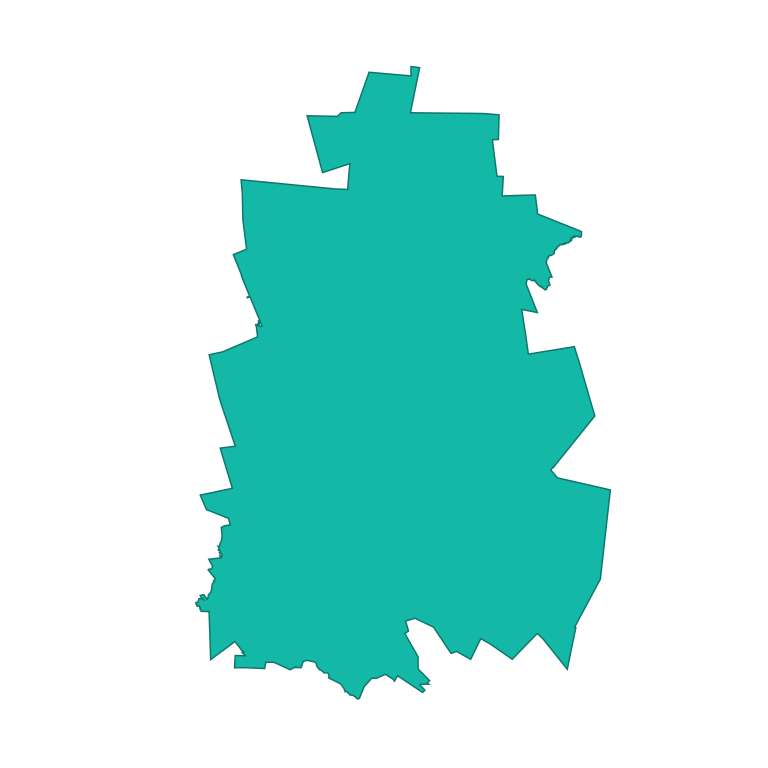 the district of Guadalcázar, San Luis Potosí, Mexico, rotated 352°
{"feature_id": "50627088B22261172610418", "entity_name": "Guadalcázar", "entity_type": "district", "adm_level": 2, "iso_a3": "MEX", "parent_name": "Mexico", "parent_adm1": "San Luis Potosí", "projection": "orthographic", "projection_center": [-100.275, 22.904], "detail": "fine", "context": "isolated", "style": "filled", "palette": "teal", "viewbox_px": 768, "rotation_deg": 352, "n_neighbors": 0, "source": "geoboundaries", "source_scale": "gbopen_adm2", "svg_char_len": 6011}
<svg xmlns="http://www.w3.org/2000/svg" viewBox="0 0 768 768"><g transform="rotate(352 384 384)"><path d="M375.1,112.5L345.2,107.7L352.6,166.1L380.9,161.0L378.9,169.2L375.1,186.3L362.0,183.9L314.1,172.3L270.9,161.9L270.2,175.5L267.1,202.1L266.7,231.4L252.8,234.9L258.3,256.9L257.8,257.1L263.2,278.2L260.6,278.9L260.7,279.6L263.4,278.9L269.9,304.1L268.4,304.1L268.6,305.3L268.7,306.0L268.3,306.0L267.7,306.3L267.5,306.8L268.6,307.2L269.7,305.9L270.2,305.5L271.3,309.7L269.1,309.9L268.9,308.6L268.5,308.4L267.9,308.2L267.3,308.6L265.4,307.3L265.3,307.6L265.6,307.5L265.4,319.7L228.7,329.7L214.9,330.7L219.1,375.5L220.2,382.2L228.1,424.9L212.9,424.7L219.3,466.2L186.6,468.4L190.7,483.7L211.3,495.4L212.2,502.2L211.4,502.2L211.1,502.4L210.9,502.2L210.6,502.4L210.2,502.3L210.0,502.2L209.1,502.2L208.5,502.1L207.3,502.1L206.1,502.4L205.6,502.4L203.9,503.1L203.7,503.3L202.9,503.3L202.6,511.2L201.9,514.8L200.5,517.7L199.3,519.4L198.7,521.3L198.1,521.7L197.0,521.6L197.6,522.6L197.7,523.3L197.9,524.2L197.2,524.8L196.7,525.2L196.7,525.3L196.9,525.5L197.5,525.2L198.8,527.3L198.1,527.9L197.6,527.9L198.0,529.4L198.1,529.1L199.4,529.2L199.9,530.5L199.5,532.0L197.5,531.5L197.8,532.2L198.6,532.2L198.9,533.0L198.8,533.3L198.5,533.5L186.1,533.1L189.0,540.9L187.3,543.1L185.0,543.0L184.0,543.6L189.0,552.0L190.0,553.8L189.5,554.2L187.8,555.0L188.3,556.0L188.1,556.5L187.3,556.9L186.7,557.5L186.1,558.5L185.1,561.5L185.0,562.6L184.9,563.0L184.3,563.8L183.6,566.0L182.8,566.8L182.1,567.1L181.3,568.0L181.1,568.4L180.8,568.5L179.6,571.7L179.2,572.0L179.0,572.5L178.9,572.6L178.3,571.6L176.9,568.9L176.9,568.7L176.5,567.9L175.8,567.4L175.5,567.5L172.6,567.9L173.3,569.6L173.2,570.4L174.4,570.9L175.4,572.5L174.0,571.8L173.8,571.5L173.5,571.3L171.0,570.7L169.6,573.4L169.6,574.2L167.3,574.3L167.4,576.4L167.8,576.4L168.0,577.3L168.1,578.1L170.6,578.3L170.5,580.2L170.8,580.2L170.6,581.6L171.2,581.6L171.3,583.7L179.1,585.0L175.5,618.9L174.0,632.8L200.5,618.3L204.4,624.9L206.2,628.6L207.6,629.4L207.8,629.7L207.9,630.0L207.4,630.3L206.3,630.5L207.3,631.3L208.7,633.7L198.9,632.2L196.5,644.2L207.8,645.7L226.2,649.2L228.3,643.0L236.3,644.3L251.3,653.9L256.9,651.9L256.7,652.4L262.3,653.4L262.7,652.4L263.2,652.1L264.6,648.8L266.1,647.4L268.1,647.0L270.1,647.2L277.5,649.9L278.3,654.0L278.9,655.6L279.7,657.2L280.7,657.5L280.8,657.8L280.7,658.1L281.1,658.2L281.4,658.3L283.3,660.1L284.2,661.6L284.6,661.8L287.6,662.1L288.0,662.3L288.3,662.6L288.7,663.5L288.9,664.6L288.7,666.1L288.2,667.3L299.4,675.0L302.3,680.7L302.2,681.2L302.3,681.6L302.8,682.2L302.6,682.8L302.6,683.3L303.1,683.4L303.6,683.2L303.9,683.3L304.6,683.6L305.0,684.3L305.3,685.1L306.2,685.8L306.8,686.9L307.2,687.2L308.1,687.6L309.9,687.9L310.3,688.0L311.2,689.3L312.1,689.8L312.9,691.3L313.9,692.1L314.5,692.3L314.9,692.3L315.6,691.7L316.0,691.7L322.3,680.9L330.8,673.7L335.6,674.4L345.0,671.7L351.5,677.2L352.1,678.0L353.0,679.7L356.8,674.8L379.3,694.8L381.9,692.9L377.7,686.9L378.3,686.3L386.5,687.5L385.2,686.2L387.9,684.1L378.1,670.9L379.8,659.0L369.9,634.0L373.9,632.1L372.4,621.7L382.0,620.3L399.2,631.6L412.9,660.1L418.6,658.9L431.5,668.7L444.4,649.6L452.7,656.0L472.7,674.4L501.0,652.4L506.0,658.5L525.8,692.0L531.1,676.9L540.1,651.9L539.0,651.2L571.1,607.3L593.4,520.4L542.7,501.1L537.2,492.3L540.2,489.5L540.3,490.0L588.3,445.0L580.5,390.6L577.7,373.5L531.1,374.5L531.1,354.0L530.8,333.5L530.7,329.3L545.8,334.6L538.6,304.6L540.1,300.7L541.9,300.1L541.9,300.3L542.3,300.3L542.4,300.5L542.6,300.4L542.6,300.6L543.0,300.7L543.3,300.8L543.8,301.1L544.2,301.9L544.4,302.0L544.6,301.9L545.3,302.2L545.7,302.2L546.0,302.5L547.0,302.4L547.2,302.5L547.4,301.9L547.9,302.2L548.3,303.0L548.4,303.8L548.4,304.1L548.8,304.6L548.8,304.8L549.0,304.9L549.1,305.1L549.3,305.1L549.5,305.5L549.5,305.8L549.8,306.3L550.6,307.2L550.8,307.5L551.2,307.9L551.4,308.3L551.7,308.5L552.0,309.2L552.5,309.4L553.8,309.3L553.6,309.8L553.7,310.3L554.4,311.0L554.7,311.0L556.5,313.2L557.7,312.9L558.3,312.7L558.3,312.0L558.5,311.6L559.3,310.9L559.4,309.9L562.1,309.3L562.1,308.5L561.2,304.5L562.0,302.7L563.2,301.2L565.2,301.5L561.6,286.6L561.8,285.6L562.2,284.9L562.1,284.0L562.4,283.6L562.8,283.4L564.2,281.8L564.4,281.4L564.3,281.0L564.6,281.1L564.7,280.6L565.0,280.2L565.3,280.1L565.7,280.0L565.7,279.7L566.0,279.6L566.3,279.9L567.4,280.0L569.1,279.3L570.5,278.5L570.6,278.0L571.0,277.8L571.0,277.3L570.8,276.8L571.2,276.2L571.2,275.9L571.4,275.5L571.9,275.2L572.1,274.8L572.5,274.9L572.6,274.5L572.8,274.4L573.1,274.5L573.2,274.4L573.3,273.7L574.1,273.5L574.3,273.3L574.6,273.0L574.9,272.1L575.2,271.9L575.8,271.9L576.4,271.6L576.6,271.2L576.9,271.0L577.0,270.9L577.4,271.0L577.9,270.6L578.4,270.6L578.6,270.5L578.7,270.3L579.6,270.6L580.2,271.0L580.4,270.9L580.8,270.2L581.0,270.2L581.1,270.6L581.4,270.7L581.8,270.4L582.0,270.6L582.3,270.7L582.7,270.5L582.8,270.4L582.7,270.1L583.3,270.1L583.3,269.9L583.9,270.1L584.1,270.0L584.2,269.7L584.7,269.9L585.0,269.7L585.3,269.5L585.7,269.7L585.9,269.6L586.3,269.8L586.5,269.6L586.4,269.2L587.5,268.9L588.0,268.4L588.1,268.5L588.4,268.7L588.7,268.1L588.9,268.0L589.0,267.8L589.1,267.7L589.3,268.1L589.7,267.9L589.7,267.6L589.5,267.3L589.2,267.0L589.7,266.8L589.8,266.6L590.1,266.5L589.8,266.2L589.6,266.4L589.6,265.9L589.5,265.7L590.1,265.7L590.4,265.5L590.3,265.2L591.0,265.1L591.7,265.4L591.7,265.0L591.9,264.9L591.9,264.5L592.0,264.3L592.2,264.5L592.3,265.0L592.7,265.0L592.8,264.6L593.3,265.1L593.5,265.1L593.7,264.9L593.7,264.5L594.1,264.9L594.9,264.6L595.3,264.6L595.3,264.3L595.5,264.2L596.4,264.8L596.5,264.7L596.8,265.1L597.3,265.3L597.6,265.7L598.0,265.6L598.6,265.6L599.1,265.8L599.7,265.5L599.9,265.1L599.9,264.4L600.3,264.0L600.2,263.5L600.4,263.1L600.3,262.6L600.6,262.2L600.6,261.9L600.7,261.7L600.7,260.6L600.5,260.4L560.0,237.2L559.8,236.5L560.2,217.9L545.8,216.2L527.2,214.3L531.0,195.1L524.8,194.0L525.3,157.2L531.3,157.8L535.4,133.5L522.3,130.4L513.1,128.9L447.9,119.1L463.3,75.7L454.9,73.4L453.6,82.7L412.6,73.2L393.0,111.0L379.3,109.4L375.1,112.5Z" fill="#14b8a6" stroke="#0f766e" stroke-width="1.5"/></g></svg>